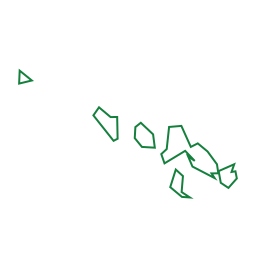 Western, Equal Earth projection, rotated 342°
{"feature_id": "SLB-3507", "entity_name": "Western", "entity_type": "Province", "adm_level": 1, "iso_a3": "SLB", "parent_name": "Solomon Islands", "parent_adm1": "", "projection": "equal_earth", "projection_center": [157.155, -7.826], "detail": "coarse", "context": "isolated", "style": "outline", "palette": "green", "viewbox_px": 256, "rotation_deg": 342, "n_neighbors": 0, "source": "natural_earth", "source_scale": "10m", "svg_char_len": 761}
<svg xmlns="http://www.w3.org/2000/svg" viewBox="0 0 256 256"><g transform="rotate(342 128 128)"><path d="M193.4,197.0L194.9,202.4L177.4,184.6L176.4,173.5L181.3,179.9L175.3,167.4L151.8,172.9L151.6,163.1L158.3,160.0L167.4,139.7L179.4,142.5L181.9,165.4L189.6,164.2L196.4,174.9L201.4,190.0L199.9,199.0L193.4,197.0ZM121.1,114.2L114.8,135.0L110.3,135.7L99.0,105.3L106.8,99.4L114.8,112.2L121.1,114.2ZM147.4,155.0L135.4,150.3L131.3,139.7L135.3,129.4L141.8,127.0L149.9,141.8L147.4,155.0ZM200.9,197.0L217.8,195.3L212.9,201.8L216.8,202.4L215.9,209.6L205.0,216.0L199.3,208.8L200.9,197.0ZM165.4,190.7L159.2,205.5L165.4,213.2L158.0,210.2L149.9,197.3L160.6,182.3L165.4,190.7ZM42.7,40.0L51.2,53.1L38.2,52.1L42.7,40.0Z" fill="none" stroke="#15803d" stroke-width="2"/></g></svg>